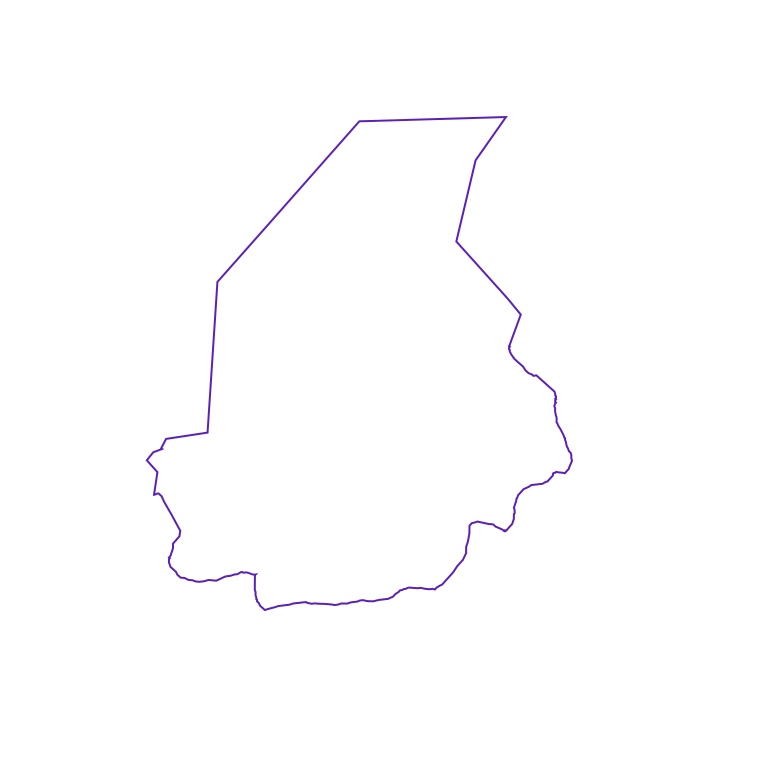 Karoi, Mashonaland West, Zimbabwe, rotated 222°
{"feature_id": "62879985B2724410998329", "entity_name": "Karoi", "entity_type": "district", "adm_level": 2, "iso_a3": "ZWE", "parent_name": "Zimbabwe", "parent_adm1": "Mashonaland West", "projection": "natural_earth1", "projection_center": [29.682, -16.822], "detail": "fine", "context": "isolated", "style": "outline", "palette": "violet", "viewbox_px": 768, "rotation_deg": 222, "n_neighbors": 0, "source": "geoboundaries", "source_scale": "gbopen_adm2", "svg_char_len": 3406}
<svg xmlns="http://www.w3.org/2000/svg" viewBox="0 0 768 768"><g transform="rotate(222 384 384)"><path d="M372.9,135.1L369.8,138.7L367.7,142.3L365.6,144.7L364.5,148.3L363.5,149.5L362.4,149.5L360.3,151.8L359.5,152.3L358.2,153.0L355.0,154.2L352.9,155.4L351.9,156.6L351.9,155.4L350.8,154.2L348.7,151.8L342.4,144.7L340.3,143.5L339.2,142.3L338.2,141.1L336.0,139.9L335.0,138.7L333.9,138.7L332.9,137.5L330.8,137.5L327.6,136.3L322.4,136.3L321.3,136.3L319.2,139.9L316.0,144.7L313.9,148.3L310.8,151.9L308.7,154.3L306.6,156.7L304.5,160.3L301.3,163.8L299.2,166.2L298.2,167.4L296.0,169.8L295.0,169.8L292.9,171.0L290.8,172.2L288.7,174.6L285.5,177.0L281.3,180.6L278.2,183.0L275.0,185.4L272.9,186.6L270.8,189.0L268.7,192.5L264.5,196.1L262.4,199.7L260.3,202.1L258.2,204.5L257.1,206.9L255.0,209.3L250.8,211.7L246.6,215.3L243.4,220.0L239.2,224.8L237.1,227.2L236.1,229.6L235.0,232.0L235.0,235.6L234.0,239.1L234.0,241.5L232.9,242.7L231.9,245.1L230.8,246.3L229.8,248.7L228.7,249.9L225.5,252.3L222.4,254.7L220.3,257.1L216.1,259.5L212.9,261.9L210.8,264.3L208.7,265.4L208.7,267.8L207.6,271.4L206.6,273.8L206.6,277.4L206.6,282.2L206.6,285.8L206.6,290.5L207.7,297.7L207.7,301.3L207.7,306.1L208.7,309.6L209.8,313.2L211.9,315.6L214.0,318.0L216.1,322.8L220.4,329.9L222.5,332.3L224.6,334.7L225.6,335.9L225.6,337.1L225.6,339.5L224.6,340.7L222.5,344.3L218.3,346.7L214.1,349.1L212.0,350.3L210.9,351.4L208.8,352.7L205.6,352.7L202.5,353.8L198.3,355.1L196.2,355.1L196.2,356.2L195.1,356.2L195.1,357.4L195.1,362.2L195.1,365.8L196.2,368.2L197.2,370.6L200.4,374.2L200.4,375.4L201.5,376.5L202.5,377.7L204.6,378.9L205.7,381.3L206.7,383.7L207.8,386.1L208.8,387.3L208.8,388.5L209.9,390.9L209.9,394.5L209.9,395.7L209.9,399.2L208.9,401.6L207.8,404.0L206.8,407.6L203.6,411.2L201.5,413.6L199.4,416.0L198.3,419.6L197.3,420.8L197.3,424.3L197.3,425.7L197.3,427.9L197.3,429.1L198.4,430.3L198.4,431.5L197.3,432.7L197.3,433.9L195.2,435.1L192.0,437.5L189.9,438.7L189.9,440.7L189.9,442.3L189.9,443.4L189.9,444.7L191.0,447.0L192.1,450.6L193.1,453.0L195.2,454.2L197.3,456.6L199.4,457.8L201.5,457.8L203.7,459.0L206.8,460.2L210.0,462.6L212.1,463.7L213.1,464.9L214.2,464.9L216.3,466.1L222.6,468.5L226.9,469.7L229.0,470.9L230.0,470.9L231.1,472.1L232.0,473.2L233.2,474.5L235.3,475.7L238.5,478.1L240.6,480.5L242.7,481.6L243.7,484.0L243.7,485.2L244.8,485.2L245.8,486.4L245.8,487.6L246.9,487.6L246.9,488.8L248.0,490.0L249.0,490.0L250.1,491.2L252.2,492.4L258.5,492.4L270.1,492.4L276.4,492.4L277.5,491.2L278.5,490.0L280.6,490.0L283.8,488.8L288.0,488.8L292.2,490.0L298.5,489.9L299.6,489.9L303.8,489.9L309.1,491.1L312.3,492.3L313.3,493.5L314.4,493.5L315.4,494.7L315.4,495.9L316.5,495.9L316.5,496.5L328.8,527.1L349.2,530.2L425.6,538.3L465.6,611.5L472.0,664.0L578.1,562.7L576.7,420.3L576.1,348.4L482.6,229.8L509.2,197.4L506.6,187.2L505.4,187.3L509.8,178.8L509.2,168.6L493.4,166.9L480.8,147.8L480.4,148.2L479.4,150.5L478.3,151.8L474.1,151.8L468.8,149.4L454.1,144.6L437.2,138.6L434.1,133.9L434.1,132.7L434.1,130.3L434.0,129.1L434.0,127.9L434.0,126.7L434.0,124.3L433.0,123.1L430.9,120.7L429.8,118.3L428.8,115.9L427.7,113.6L427.7,112.4L427.7,111.2L426.6,111.2L426.6,110.0L425.6,108.8L424.5,107.6L422.4,106.4L420.3,105.2L417.2,105.2L412.9,105.2L409.8,104.0L407.7,104.0L405.6,104.0L402.4,106.4L398.2,107.6L395.0,110.0L391.9,111.2L388.7,113.6L385.6,117.2L383.4,120.8L380.3,123.2L377.1,125.5L375.0,130.3L374.0,132.8L372.9,135.1Z" fill="none" stroke="#5b21b6" stroke-width="2"/></g></svg>